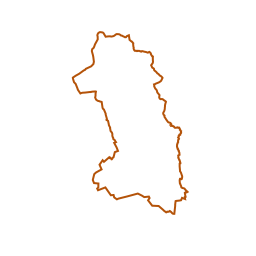 Tarna Mare, Satu Mare, Romania (Albers equal-area conic projection), rotated 241°
{"feature_id": "2599482B73282248803185", "entity_name": "Tarna Mare", "entity_type": "district", "adm_level": 2, "iso_a3": "ROU", "parent_name": "Romania", "parent_adm1": "Satu Mare", "projection": "albers", "projection_center": [23.2, 48.086], "detail": "fine", "context": "isolated", "style": "outline", "palette": "amber", "viewbox_px": 256, "rotation_deg": 241, "n_neighbors": 0, "source": "geoboundaries", "source_scale": "gbopen_adm2", "svg_char_len": 5789}
<svg xmlns="http://www.w3.org/2000/svg" viewBox="0 0 256 256"><g transform="rotate(241 128 128)"><path d="M208.7,173.7L208.9,171.4L208.4,170.3L208.8,169.4L209.2,169.2L210.7,168.1L211.7,167.5L212.3,166.7L213.2,166.4L214.3,165.7L215.6,163.7L215.7,162.8L215.4,160.9L215.4,159.9L215.9,158.1L216.2,157.5L216.7,157.0L217.3,156.0L217.9,154.7L218.7,152.7L222.8,152.6L223.8,152.2L225.1,150.5L225.5,149.8L225.5,148.4L225.3,147.8L224.6,146.7L223.7,146.0L222.7,145.8L220.2,144.5L217.1,139.6L215.9,138.3L214.8,136.9L214.3,134.9L213.3,134.0L212.6,133.6L208.9,132.7L207.0,132.1L202.5,130.3L200.7,128.7L199.8,125.7L200.2,119.7L199.7,118.8L199.8,117.1L199.1,111.6L199.1,107.8L198.8,104.2L197.9,103.8L196.1,103.4L194.2,103.0L192.0,103.6L187.2,103.0L185.8,102.7L181.3,103.1L181.2,104.2L180.9,105.3L179.8,107.6L177.5,113.2L177.4,113.2L177.2,114.2L176.6,115.4L176.3,116.2L176.0,116.6L175.7,117.3L175.4,117.6L173.8,116.3L171.9,115.2L170.5,114.0L170.2,114.0L169.7,114.0L168.5,113.8L167.4,114.2L166.1,115.0L165.6,115.7L164.8,116.3L164.2,117.0L163.5,117.6L157.9,115.5L156.7,115.5L155.9,115.9L151.3,115.4L150.6,115.0L147.1,114.2L146.0,113.9L145.8,113.3L145.3,113.1L144.6,113.7L144.0,114.0L143.2,113.8L141.3,113.2L140.8,113.1L139.9,112.7L138.5,112.6L137.5,112.6L137.1,112.6L136.3,112.1L135.6,112.0L134.8,111.6L133.4,111.3L132.1,111.7L131.7,111.7L130.3,111.4L129.1,110.7L128.7,110.5L127.3,110.2L126.8,110.3L125.5,109.8L125.0,109.9L124.3,110.4L123.8,110.5L122.3,110.5L121.5,110.6L121.7,108.7L116.4,108.6L112.8,108.1L113.3,104.8L109.9,101.6L109.4,101.1L109.4,100.3L109.2,99.8L108.8,99.4L108.5,98.7L108.6,98.4L109.2,98.4L110.8,98.0L110.8,97.3L111.5,97.3L110.2,91.2L110.1,90.6L112.1,90.2L109.7,85.3L104.6,84.8L104.6,78.5L104.0,76.1L99.6,72.0L96.3,71.6L93.8,75.2L90.4,73.2L90.0,71.7L88.1,71.6L87.0,79.4L77.5,80.4L76.4,82.9L74.0,82.3L71.0,83.7L70.9,85.3L68.6,93.9L65.9,104.8L62.1,107.4L59.7,108.7L57.9,113.0L56.3,112.9L55.0,110.5L48.3,111.5L44.9,117.0L39.8,118.9L38.9,119.2L38.3,119.3L37.5,119.7L35.7,120.5L35.6,121.3L35.8,121.8L35.2,122.6L35.0,123.2L35.1,123.5L35.2,124.0L35.2,124.3L34.7,124.6L34.2,124.7L33.7,125.0L31.9,125.4L31.5,125.6L31.1,125.9L30.5,126.9L37.0,131.5L38.1,132.1L41.0,134.2L41.0,134.3L40.8,134.9L40.7,135.2L39.6,137.8L39.1,139.4L40.7,141.4L38.2,143.5L39.7,144.0L39.9,144.1L39.6,144.6L39.7,144.9L39.8,145.0L40.5,145.2L40.8,145.2L41.5,145.5L42.8,145.9L43.8,146.3L43.8,146.7L43.4,147.6L43.6,147.7L43.4,148.0L43.3,148.3L43.3,149.1L45.9,148.3L47.7,148.0L48.4,147.4L49.2,146.4L49.8,146.2L50.2,145.9L50.7,146.1L52.2,146.4L52.6,146.4L53.2,146.4L53.6,146.6L54.1,146.5L54.3,146.5L55.7,147.1L57.0,147.7L57.7,148.2L58.4,148.9L58.4,149.0L57.5,149.6L57.3,149.9L57.4,150.4L58.8,151.6L59.6,152.0L63.6,152.7L64.8,152.5L65.2,152.7L69.5,154.6L71.8,155.9L71.7,156.6L72.5,156.8L72.5,157.0L74.7,157.5L74.8,157.3L76.2,157.5L77.2,157.5L77.6,157.6L77.6,157.8L79.6,158.6L79.6,160.1L80.1,160.2L80.9,160.7L81.7,161.0L82.7,161.1L82.9,161.1L83.4,161.4L83.7,161.2L84.1,161.4L84.9,161.3L85.2,161.5L85.7,161.3L86.0,161.6L86.5,161.5L86.9,161.5L87.3,161.8L87.9,161.8L88.3,162.0L88.7,162.2L89.3,162.7L89.9,163.0L90.0,163.1L90.1,163.4L90.2,163.6L90.7,163.9L90.8,164.1L90.9,164.4L91.2,164.6L91.3,164.9L91.4,165.1L92.1,165.3L92.6,165.6L92.9,166.0L93.4,166.3L93.5,166.9L93.8,167.3L94.2,167.1L94.3,167.2L94.6,167.4L95.2,167.7L95.3,167.7L95.5,167.5L95.9,168.1L96.4,168.4L96.3,168.7L96.4,168.8L96.8,169.1L96.9,169.4L97.0,169.6L96.9,169.7L96.9,170.1L96.8,170.3L97.0,170.4L97.3,170.3L97.3,170.6L97.5,171.1L97.5,171.3L97.8,171.7L97.9,172.0L98.1,172.2L98.8,172.2L99.0,172.5L99.3,172.6L99.5,172.9L99.9,172.7L100.8,172.8L101.2,172.5L101.6,172.8L102.1,172.8L102.5,173.0L103.0,172.9L103.5,172.9L103.7,172.2L103.8,172.2L103.9,172.3L104.3,171.9L104.6,171.6L104.7,171.1L104.6,170.9L104.7,170.7L105.0,170.1L105.2,169.6L105.4,169.2L105.6,169.1L106.0,168.9L106.9,168.9L107.3,168.5L107.6,168.5L107.9,168.3L108.2,167.8L108.5,167.5L108.8,167.0L109.0,167.3L110.0,167.6L110.1,167.2L110.3,166.9L110.4,167.1L110.5,167.2L110.9,167.5L111.0,167.6L111.4,167.6L111.7,167.6L112.2,167.3L112.4,167.1L112.7,166.8L113.1,166.4L113.3,166.1L113.9,165.9L114.7,165.8L115.2,165.7L115.7,165.7L117.0,165.5L118.3,165.5L119.8,165.3L120.3,165.4L120.8,165.7L121.2,166.0L121.5,165.9L122.3,165.6L122.7,165.6L123.6,165.8L124.1,166.1L124.6,166.8L125.5,168.2L126.0,168.6L126.8,169.4L127.7,169.9L129.2,171.0L129.7,171.2L130.3,171.7L131.7,173.0L132.5,173.9L133.2,173.8L134.9,172.9L136.4,172.3L136.9,171.7L137.3,170.8L137.5,170.4L138.1,170.1L138.5,170.0L139.3,170.1L139.8,170.2L140.7,170.9L141.2,171.3L141.6,171.5L144.7,170.9L145.0,170.9L146.4,171.3L147.6,171.4L148.0,171.4L148.6,171.1L149.1,171.0L150.4,171.0L152.0,171.2L152.6,171.7L153.5,171.9L153.4,172.3L153.3,172.6L153.3,174.2L153.1,175.4L153.0,176.4L152.9,177.0L153.0,178.5L153.0,178.9L153.2,179.7L153.3,180.0L153.9,180.8L155.1,182.5L155.6,182.5L157.3,182.0L158.2,181.5L158.3,181.3L158.5,181.2L160.2,180.9L160.9,180.6L161.3,180.3L161.7,180.1L162.3,180.1L163.6,179.8L165.6,179.0L166.2,179.0L167.1,179.4L167.7,179.3L169.0,178.5L169.6,178.5L170.4,178.6L171.7,178.7L172.7,180.9L173.1,181.4L174.2,182.2L175.5,182.7L176.1,183.1L177.2,183.6L177.7,183.9L178.1,184.3L178.4,184.4L178.9,184.3L179.1,183.9L180.6,183.8L181.5,183.8L181.7,184.0L182.6,184.1L183.3,183.9L184.2,183.6L184.3,183.2L184.2,182.8L184.2,182.4L184.3,181.9L184.6,181.5L185.1,181.2L185.9,180.4L186.8,179.3L187.5,178.6L188.2,177.9L188.4,177.3L188.4,177.1L188.5,177.0L188.4,176.9L188.4,176.5L188.9,176.2L189.2,175.8L189.9,175.3L190.2,175.0L190.6,173.9L190.9,173.7L190.9,173.1L191.8,172.4L191.9,171.8L192.0,171.6L192.2,171.4L192.5,171.3L193.0,171.2L193.6,171.2L194.7,171.4L195.1,171.6L195.6,172.0L196.4,172.1L197.6,172.6L199.4,173.4L199.6,173.7L200.4,173.5L200.9,173.5L201.3,173.3L201.6,173.3L201.7,173.1L204.3,172.1L208.7,173.7Z" fill="none" stroke="#b45309" stroke-width="2"/></g></svg>